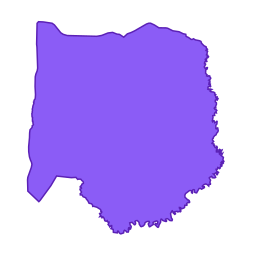 the district of Wang Hin, Si Sa Ket, Thailand, rotated 184°
{"feature_id": "78962969B5946354478732", "entity_name": "Wang Hin", "entity_type": "district", "adm_level": 2, "iso_a3": "THA", "parent_name": "Thailand", "parent_adm1": "Si Sa Ket", "projection": "natural_earth1", "projection_center": [104.168, 14.969], "detail": "fine", "context": "isolated", "style": "filled", "palette": "violet", "viewbox_px": 256, "rotation_deg": 184, "n_neighbors": 0, "source": "geoboundaries", "source_scale": "gbopen_adm2", "svg_char_len": 5598}
<svg xmlns="http://www.w3.org/2000/svg" viewBox="0 0 256 256"><g transform="rotate(184 128 128)"><path d="M211.0,227.2L219.7,227.9L224.7,227.8L226.0,226.1L225.0,205.1L224.5,202.6L222.3,181.4L222.6,178.7L223.7,175.3L224.1,172.6L223.6,162.9L222.6,154.7L222.6,151.3L222.8,150.3L223.6,149.2L223.7,147.2L224.0,147.1L223.6,146.0L224.4,143.3L224.5,141.4L224.7,140.9L224.8,139.9L224.5,139.2L224.7,137.7L224.5,137.2L224.9,135.8L224.5,132.4L224.0,132.0L223.9,128.9L223.5,128.4L223.7,127.8L223.2,127.4L223.2,126.4L222.6,124.7L223.8,123.4L223.6,122.5L223.9,121.6L225.6,119.4L225.8,116.3L225.6,111.4L225.8,102.4L225.4,97.5L224.3,92.3L223.0,89.1L221.9,87.1L221.3,85.0L221.7,81.9L224.5,71.8L224.6,69.2L223.5,58.0L211.8,48.3L210.6,49.7L200.9,65.1L195.9,75.1L181.1,74.5L176.5,75.1L174.6,73.2L173.6,73.6L171.5,73.6L170.4,72.4L169.1,71.5L168.6,70.1L168.7,69.6L170.0,68.9L170.4,67.5L171.6,66.2L171.5,65.6L170.6,65.5L170.2,64.8L170.8,64.0L171.6,63.8L171.6,63.2L169.9,60.9L170.1,60.2L171.1,59.2L170.9,57.9L169.2,58.0L168.0,56.3L165.3,55.5L164.9,54.6L162.8,52.3L161.6,50.2L159.1,49.9L158.1,48.8L157.7,47.3L156.8,47.5L153.5,46.8L149.9,44.9L149.3,44.0L149.3,43.0L148.6,42.8L148.3,42.3L149.0,41.1L150.0,41.0L150.4,40.5L149.2,39.1L150.0,37.6L148.5,38.0L147.7,36.7L147.2,37.6L146.8,37.6L145.5,36.2L144.7,33.9L143.2,33.4L142.3,34.1L141.6,32.8L140.4,32.8L140.4,32.2L141.2,30.4L139.9,29.1L139.3,28.1L138.1,29.5L137.5,29.5L137.3,27.4L138.0,26.4L135.7,25.8L135.3,22.9L131.4,22.6L131.2,24.3L130.9,24.5L130.4,24.3L129.3,22.7L128.3,22.0L127.7,21.9L125.1,23.0L124.8,25.1L124.4,25.7L123.1,25.3L122.1,24.1L120.5,24.2L120.1,25.8L120.6,26.9L120.4,28.5L119.7,28.8L119.5,28.2L119.7,27.4L119.0,27.1L118.4,27.5L117.9,29.6L118.2,30.5L119.1,31.4L119.7,33.5L117.4,34.2L115.0,32.0L114.5,31.9L113.9,32.6L113.7,33.5L114.5,35.3L113.5,36.1L112.4,36.3L111.0,35.3L110.3,34.3L110.1,32.9L108.5,30.7L107.9,30.5L106.0,31.3L104.7,32.9L104.4,34.7L103.7,35.3L102.4,36.1L100.4,36.3L100.0,35.2L100.9,34.2L101.1,33.6L99.9,31.1L99.4,31.0L96.1,33.5L96.4,35.6L94.6,36.7L92.8,37.3L91.8,36.6L91.9,34.5L92.4,34.2L94.0,34.7L94.5,33.6L91.6,31.1L91.1,31.0L90.6,31.5L90.2,33.5L88.9,36.2L88.9,38.6L88.6,39.4L88.1,39.4L86.7,38.1L84.0,37.4L83.2,37.5L83.0,38.0L84.0,39.0L84.2,39.6L82.8,40.3L82.1,40.2L79.7,38.6L77.7,38.6L77.4,39.2L77.4,40.0L78.5,41.4L79.6,45.6L78.4,48.3L78.0,48.5L76.9,46.3L75.3,45.1L74.7,45.6L74.7,46.1L76.4,46.8L76.2,47.5L73.2,48.3L72.4,47.7L70.7,48.6L70.3,48.1L69.8,48.1L69.5,48.6L69.6,49.5L71.2,51.8L71.2,52.3L70.0,52.2L68.9,51.1L66.6,52.1L66.0,52.8L66.0,54.8L63.9,55.0L63.8,55.6L64.3,56.4L64.2,56.8L62.8,58.1L62.0,57.7L61.4,58.1L61.4,58.7L61.9,59.8L62.6,60.4L63.7,60.5L64.5,61.5L66.3,62.8L66.6,64.9L66.0,66.6L62.5,69.7L61.8,70.0L60.2,69.9L60.1,67.9L59.3,67.5L59.0,68.4L59.4,70.1L59.0,70.8L58.3,71.1L57.5,70.9L57.1,68.6L56.3,68.2L55.0,68.1L52.9,72.6L51.6,72.8L50.3,72.1L47.9,73.6L47.6,74.2L47.8,74.8L49.4,74.5L49.8,74.9L49.7,75.4L48.4,76.8L46.5,77.6L45.1,77.1L43.4,75.7L43.2,77.4L41.9,77.6L41.9,78.5L42.6,79.5L42.0,81.7L43.4,83.7L43.4,84.2L41.3,85.6L41.0,85.5L40.5,84.2L38.0,84.3L37.1,84.9L38.1,86.9L39.7,88.1L38.7,88.3L36.8,89.8L36.4,89.1L36.4,87.9L36.1,87.6L35.6,87.7L35.4,88.9L34.6,90.1L36.3,91.0L37.2,92.9L35.9,93.2L35.7,94.9L34.9,94.7L33.9,93.8L33.4,94.1L33.3,95.5L31.6,96.8L32.0,97.3L32.9,97.2L33.1,97.8L31.8,98.3L30.5,99.5L31.0,100.3L32.4,99.5L32.8,99.6L32.8,100.0L31.9,101.2L30.4,100.6L30.0,101.4L31.1,102.9L30.8,105.4L32.9,106.8L32.0,109.2L32.4,108.9L33.0,109.1L33.4,110.0L33.7,110.1L34.4,109.5L34.3,107.9L35.0,108.4L35.1,110.1L32.9,111.7L32.7,112.6L35.1,111.3L34.7,112.9L35.2,113.1L35.6,112.6L35.8,111.6L36.6,111.2L36.4,110.4L38.1,110.3L38.3,111.5L37.3,112.6L38.2,113.2L37.5,114.4L38.0,115.8L38.3,115.9L38.9,114.7L39.5,114.5L40.5,115.6L40.3,116.5L41.2,116.6L41.0,117.6L41.2,118.1L42.9,118.3L43.2,118.6L41.6,120.6L42.9,121.8L42.9,123.1L42.2,123.7L42.2,124.6L41.0,126.4L39.7,127.3L39.2,129.0L38.1,130.4L37.8,131.6L38.5,134.3L38.9,134.3L39.8,133.3L40.3,133.5L40.6,136.8L39.6,138.2L39.6,140.8L39.9,140.9L40.3,140.3L41.9,139.3L42.7,141.3L43.4,141.3L44.0,140.2L44.5,141.0L44.1,141.9L44.3,143.1L43.9,144.0L44.3,146.2L42.4,146.6L42.8,147.8L42.6,148.9L42.2,149.4L40.9,149.2L41.4,150.6L40.6,151.7L41.3,152.4L42.6,152.7L43.3,153.5L43.1,154.4L41.8,154.3L42.1,155.7L41.4,157.9L41.6,159.4L42.8,160.2L42.8,161.9L41.8,162.4L41.0,162.0L40.2,163.6L40.8,164.2L41.3,163.4L41.7,163.5L41.4,165.1L42.5,164.6L42.5,165.5L43.4,166.6L42.8,167.4L43.9,167.9L43.8,169.0L45.0,169.8L47.9,170.0L48.8,170.6L48.8,171.0L47.1,172.3L49.0,172.7L50.5,172.0L51.1,172.3L50.8,173.0L51.1,174.0L50.8,174.8L49.7,175.1L48.7,174.9L48.4,175.3L49.0,176.6L48.9,177.5L49.4,177.6L50.1,176.9L50.4,177.1L50.2,179.2L49.5,179.0L49.4,179.6L49.7,181.0L50.7,181.4L49.3,182.5L48.9,183.5L50.0,185.0L50.1,185.6L51.1,185.8L51.8,185.1L53.2,185.5L52.8,186.5L54.4,188.0L54.5,191.4L53.1,192.5L53.0,193.8L53.3,193.9L55.2,192.9L56.2,194.2L55.0,197.0L55.2,197.4L56.2,197.5L56.1,199.2L54.0,199.9L54.3,200.5L55.1,200.4L55.7,201.9L55.1,202.3L54.5,201.9L54.6,203.0L53.4,203.6L52.6,204.7L53.3,205.6L53.9,205.0L53.8,206.3L54.8,206.5L54.3,207.9L54.3,209.2L53.9,210.1L54.5,210.7L55.4,210.6L55.7,211.0L54.3,212.1L55.5,213.3L55.7,214.4L58.0,215.4L60.8,217.9L60.8,218.7L61.5,219.6L63.0,220.1L67.0,220.6L68.9,221.6L70.2,220.8L71.2,220.8L73.9,222.5L76.4,223.4L76.9,225.5L79.6,225.9L83.8,227.6L90.1,228.1L95.4,230.3L97.1,230.5L104.2,230.1L108.8,232.6L112.7,234.1L114.5,234.0L116.7,233.1L128.3,225.3L131.5,223.5L135.2,221.9L138.6,218.3L143.0,220.8L145.6,220.9L150.0,222.3L154.6,221.4L160.7,218.5L165.5,217.3L195.0,216.0L199.1,216.9L201.7,218.3L208.6,225.7L211.0,227.2Z" fill="#8b5cf6" stroke="#5b21b6" stroke-width="1.5"/></g></svg>